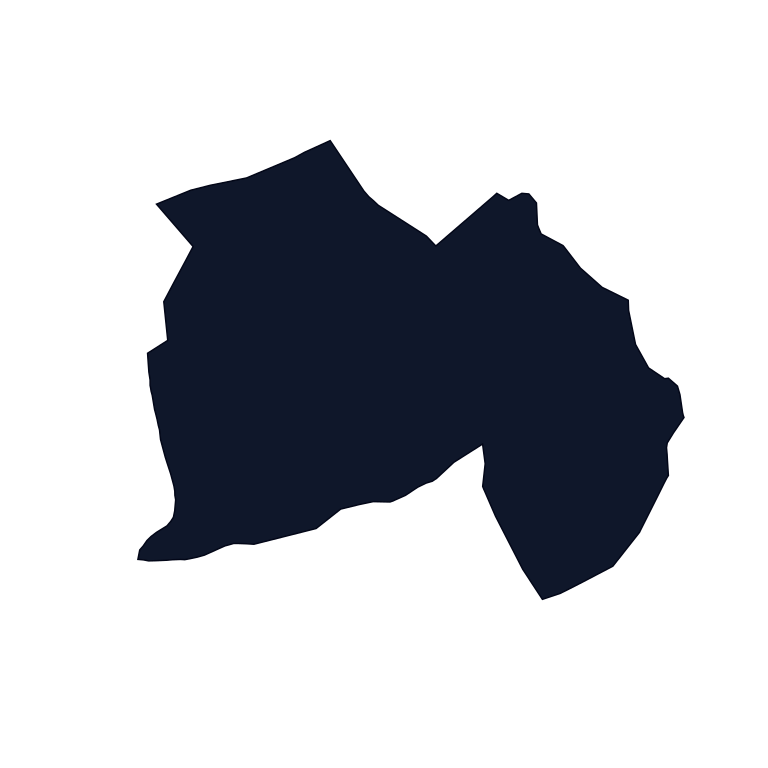 the district of Monabbih, Sa`dah, Yemen, rotated 75°
{"feature_id": "15242507B74434260486712", "entity_name": "Monabbih", "entity_type": "district", "adm_level": 2, "iso_a3": "YEM", "parent_name": "Yemen", "parent_adm1": "Sa`dah", "projection": "orthographic", "projection_center": [43.298, 17.17], "detail": "fine", "context": "isolated", "style": "filled", "palette": "ink", "viewbox_px": 768, "rotation_deg": 75, "n_neighbors": 0, "source": "geoboundaries", "source_scale": "gbopen_adm2", "svg_char_len": 2174}
<svg xmlns="http://www.w3.org/2000/svg" viewBox="0 0 768 768"><g transform="rotate(75 384 384)"><path d="M494.0,102.9L491.8,103.1L488.9,103.0L470.9,100.9L462.0,101.1L452.0,107.8L451.5,111.6L436.9,124.3L410.9,130.8L404.2,130.4L376.3,128.7L366.3,126.4L347.1,148.3L322.9,164.3L298.3,174.5L296.6,175.3L279.7,193.4L273.0,194.3L270.0,194.6L248.6,189.9L237.9,194.9L235.5,201.5L238.9,216.0L229.0,225.7L231.3,230.2L264.1,298.2L263.4,298.6L261.6,299.6L252.1,304.8L209.9,343.3L207.6,344.7L204.5,346.6L199.2,350.2L192.8,353.3L192.4,353.5L192.1,353.6L135.0,373.0L139.6,400.7L142.3,411.8L149.4,463.5L147.1,500.3L146.8,520.4L151.4,557.2L201.8,532.8L212.8,543.0L232.4,561.4L247.5,575.4L285.9,581.6L293.1,604.4L302.2,606.2L310.5,607.8L311.0,607.9L311.5,608.0L319.6,608.9L324.9,610.3L327.9,610.5L330.6,610.8L334.9,610.8L338.0,611.1L349.2,612.2L353.5,612.2L359.3,612.3L365.5,612.7L370.2,612.7L379.8,614.2L386.0,614.2L392.7,614.2L397.9,614.2L404.6,613.9L415.6,613.3L419.9,613.3L428.0,613.3L429.2,613.4L433.3,613.8L437.5,614.8L441.9,615.2L452.4,619.0L458.2,621.9L461.6,625.6L463.3,628.1L464.1,629.2L464.9,630.4L468.4,642.1L470.9,648.2L471.2,648.8L471.5,649.3L473.8,653.4L478.2,658.6L479.6,660.7L481.1,662.9L489.7,667.1L491.6,661.9L493.9,657.2L495.7,649.7L498.0,639.4L498.9,634.2L500.7,626.2L502.1,621.9L502.5,616.7L502.9,609.2L502.8,601.7L500.5,587.6L499.8,583.2L499.2,579.5L499.2,575.3L499.1,570.6L500.5,565.4L502.8,557.9L505.1,551.1L506.0,487.0L493.6,458.2L494.0,439.5L494.8,424.9L499.5,408.7L499.3,406.0L499.3,405.6L498.8,402.9L498.2,399.0L497.1,392.1L492.4,378.2L490.6,368.9L490.4,362.5L489.0,358.4L489.0,358.1L477.7,336.8L467.5,304.3L487.2,306.9L508.5,315.2L509.3,315.1L511.9,314.8L512.9,314.6L540.5,310.5L582.3,301.5L599.0,297.9L605.6,295.7L610.5,294.1L610.9,294.0L633.0,286.7L631.8,267.4L631.5,266.4L631.4,265.8L630.6,261.7L627.3,246.3L627.3,245.9L627.0,244.8L619.2,210.1L615.2,204.8L612.5,201.1L607.3,194.2L593.4,175.6L591.3,173.8L563.6,149.1L552.6,139.4L548.0,135.2L546.0,133.0L531.6,130.1L525.4,128.8L518.6,127.6L514.1,125.6L513.8,125.2L507.0,118.0L506.5,117.5L506.4,117.4L501.9,112.1L500.4,110.4L497.0,106.4L494.0,102.9Z" fill="#0f172a" stroke="#020617" stroke-width="1.5"/></g></svg>